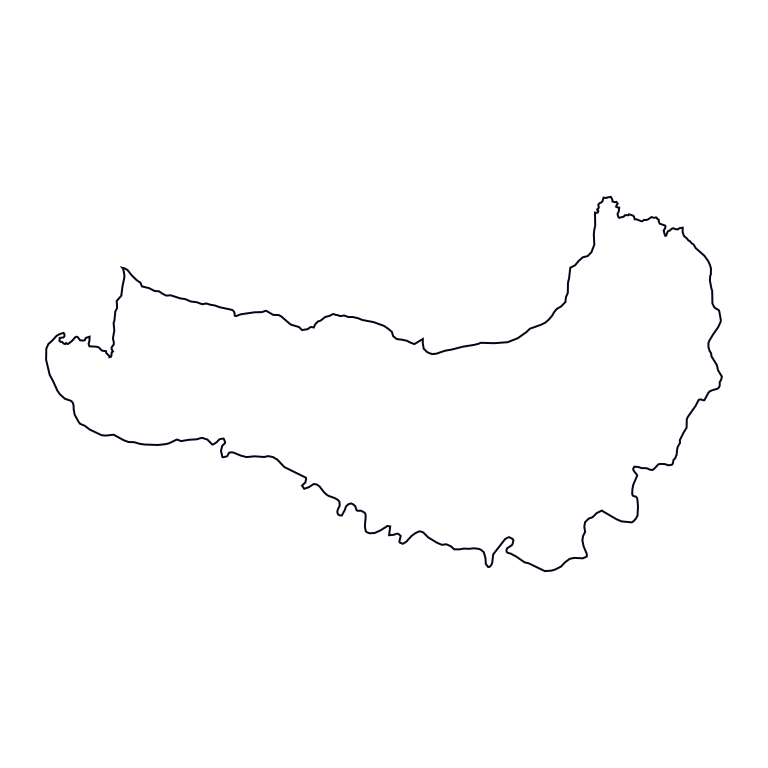 outline of Galanefhi, Maekel, Eritrea
{"feature_id": "51966322B55645768572495", "entity_name": "Galanefhi", "entity_type": "district", "adm_level": 2, "iso_a3": "ERI", "parent_name": "Eritrea", "parent_adm1": "Maekel", "projection": "orthographic", "projection_center": [38.896, 15.263], "detail": "fine", "context": "isolated", "style": "outline", "palette": "ink", "viewbox_px": 768, "rotation_deg": 0, "n_neighbors": 0, "source": "geoboundaries", "source_scale": "gbopen_adm2", "svg_char_len": 6079}
<svg xmlns="http://www.w3.org/2000/svg" viewBox="0 0 768 768"><path d="M122.3,267.8L123.2,268.9L124.3,274.6L124.4,277.2L122.5,286.3L121.3,295.7L116.7,300.9L117.1,308.0L115.3,311.6L114.4,320.7L113.6,323.0L114.3,330.5L112.9,338.5L113.8,342.1L113.8,344.3L111.6,347.5L111.6,349.1L113.0,351.5L111.8,352.2L111.3,356.1L110.8,356.8L109.4,357.2L109.3,355.9L106.4,353.3L106.0,351.2L101.9,350.6L98.8,347.4L96.3,346.7L89.4,346.3L88.6,343.8L89.4,341.0L89.6,336.7L85.8,337.9L84.8,340.2L82.9,340.6L80.1,340.3L77.9,337.3L76.6,336.7L75.2,337.2L72.6,340.4L68.6,343.6L67.7,344.0L66.1,343.1L65.2,344.1L63.9,343.6L61.9,341.9L60.6,341.8L59.5,341.0L59.7,337.9L63.2,337.5L64.1,336.8L64.5,336.0L64.4,334.1L63.6,332.9L59.8,334.0L56.4,336.0L52.1,340.8L48.4,344.0L46.3,348.6L46.1,359.8L49.7,374.9L53.2,381.4L57.3,390.5L59.8,394.2L64.8,398.7L71.3,401.0L72.9,403.0L73.6,405.7L73.7,409.5L74.7,414.8L78.8,422.2L80.1,423.8L84.8,425.8L89.8,429.6L101.6,435.2L105.8,435.6L113.6,434.7L123.7,440.2L128.4,442.0L134.3,442.2L139.6,443.8L144.4,444.5L157.9,445.0L165.9,444.1L169.5,443.1L176.5,439.7L177.5,439.7L181.1,441.1L188.8,439.8L196.6,439.3L201.9,437.8L207.3,439.5L212.3,444.5L213.3,444.4L216.7,442.2L219.4,439.3L223.1,438.5L223.8,438.8L225.1,442.2L224.9,443.2L222.2,445.8L221.0,450.8L222.3,456.9L223.1,457.2L226.5,456.5L227.4,455.9L229.0,452.8L231.2,452.3L233.5,452.6L240.8,455.6L246.6,457.1L254.5,456.3L264.2,457.0L268.0,456.1L272.8,457.0L277.4,459.7L284.4,467.1L305.9,477.7L306.2,478.7L305.3,482.5L302.0,485.6L304.2,488.8L308.8,487.2L313.5,484.1L315.3,484.1L316.9,484.6L319.4,486.3L324.2,492.4L326.6,494.6L328.6,495.9L334.3,497.9L337.3,499.5L338.8,500.8L339.5,502.0L339.7,505.7L337.9,509.4L337.3,511.8L337.7,513.7L338.4,514.7L339.6,515.3L341.8,515.5L344.7,510.2L346.1,506.4L348.3,504.3L351.0,503.4L353.1,504.3L355.2,506.1L356.6,510.3L357.9,510.8L361.0,510.7L364.5,512.6L365.3,513.6L365.7,516.2L364.9,526.4L365.7,531.1L366.8,532.2L369.6,533.3L374.6,533.0L380.3,530.5L387.4,526.0L390.2,526.4L389.1,535.2L393.8,534.8L396.2,533.8L397.6,533.7L398.8,534.2L400.7,536.0L399.4,541.2L399.7,542.5L402.8,543.8L406.1,541.9L411.7,535.8L415.3,533.2L419.1,531.4L420.7,531.5L423.2,532.4L428.1,537.3L436.7,542.6L441.8,544.8L446.4,544.3L450.9,546.3L454.2,549.3L459.8,549.3L463.6,548.6L468.9,548.8L474.1,548.3L478.9,548.9L481.0,549.8L483.8,552.2L485.5,558.3L485.8,564.0L488.2,567.1L489.8,566.7L491.5,564.7L492.2,562.9L493.2,554.4L505.1,539.1L507.9,537.5L509.3,537.2L512.8,539.1L513.4,540.3L512.7,543.6L511.8,545.3L507.5,548.0L506.8,548.8L506.5,550.3L506.7,551.9L507.5,552.7L510.9,553.7L516.3,556.6L524.5,562.3L528.9,563.4L544.8,571.1L551.7,570.6L555.7,569.3L561.1,566.5L564.8,562.5L569.7,558.8L574.3,557.9L582.9,558.3L586.5,556.7L586.9,556.1L586.7,553.7L583.6,546.3L582.4,540.5L583.0,536.2L585.1,531.9L584.3,526.6L585.1,522.2L588.7,518.6L592.6,517.2L596.7,513.1L601.7,510.6L616.6,519.3L621.6,521.4L631.8,522.4L633.9,520.9L635.8,518.7L637.5,515.7L638.0,506.5L637.4,499.3L636.7,497.4L635.7,496.6L633.3,496.0L632.2,494.4L632.4,489.2L633.2,484.9L637.1,475.8L637.2,475.2L633.6,470.6L633.2,469.2L633.5,468.1L634.4,466.7L638.4,467.0L641.5,468.1L646.7,468.2L649.7,469.6L652.4,470.0L653.7,469.3L658.3,464.4L660.4,463.9L664.8,464.1L668.5,465.3L671.8,464.8L672.8,463.6L673.5,460.0L675.6,457.7L675.7,456.6L676.6,454.9L677.2,448.8L677.9,446.5L680.0,443.0L679.8,440.2L683.8,432.2L686.6,427.7L686.8,419.2L687.9,416.8L695.5,406.0L698.8,399.7L700.8,399.4L703.4,400.3L704.4,400.2L708.3,392.9L709.6,391.5L712.0,390.3L717.5,388.7L718.8,387.6L719.7,385.8L719.7,382.2L721.1,379.8L721.9,376.6L718.0,370.2L716.9,365.1L711.5,356.4L711.1,353.2L709.7,351.2L708.5,347.4L708.4,343.2L709.3,340.7L713.3,334.1L718.2,327.1L720.7,321.7L720.8,319.8L719.3,311.5L718.6,310.0L715.0,308.0L713.9,306.6L712.4,303.4L712.2,290.7L711.5,289.0L709.9,280.6L710.2,275.9L710.8,274.7L711.0,268.7L709.9,264.8L708.1,260.9L704.4,255.8L695.6,248.0L693.7,244.6L691.5,243.2L689.6,240.9L688.6,240.6L686.9,238.5L683.9,235.9L682.6,232.0L682.7,227.7L679.5,228.2L677.5,229.5L676.8,229.2L675.3,229.2L673.2,228.2L671.7,228.8L669.7,230.6L668.3,231.0L667.5,232.0L666.2,235.5L665.4,235.9L664.5,234.0L663.7,230.4L665.1,228.4L665.5,226.4L665.2,225.6L659.8,223.7L658.7,221.4L658.8,219.9L656.9,218.4L656.6,217.6L655.7,217.4L654.3,217.9L651.4,217.1L647.7,219.6L646.3,220.0L644.0,219.9L642.4,221.2L641.5,221.3L636.7,219.4L634.7,219.3L633.9,216.4L632.6,215.4L628.9,214.3L628.4,215.2L624.9,215.2L623.7,216.7L619.1,217.8L618.3,216.9L617.5,213.9L618.8,211.4L619.2,207.6L617.8,207.5L616.1,206.7L616.6,205.2L617.7,203.8L616.4,201.9L614.8,202.2L612.4,201.4L612.5,200.1L610.9,196.9L607.5,197.4L606.4,198.0L603.6,197.6L602.4,201.4L601.3,202.5L599.6,203.1L598.3,204.8L598.8,207.7L598.4,208.4L597.4,209.0L597.2,209.8L598.1,210.5L598.3,211.4L597.6,212.6L596.2,212.9L595.0,212.6L595.2,225.7L594.3,229.9L593.8,234.3L594.3,244.7L591.4,252.3L587.6,256.1L582.8,257.3L578.6,261.0L575.2,265.2L570.3,267.7L569.1,278.1L568.0,282.8L567.8,292.9L566.0,297.0L565.4,302.0L561.2,306.4L556.8,308.9L554.2,312.0L552.1,315.7L549.0,319.4L545.3,322.6L540.9,324.8L529.9,328.7L526.5,332.0L517.8,338.2L507.6,342.2L494.1,343.2L480.8,342.8L479.0,343.6L474.6,344.8L462.8,346.7L451.6,349.6L445.1,350.7L436.3,353.7L432.0,354.1L427.4,352.3L423.7,348.7L422.8,343.5L422.8,339.0L414.4,344.1L410.6,342.7L407.0,340.8L401.5,339.6L396.8,339.1L393.2,336.2L391.8,331.8L387.7,328.4L384.0,325.9L373.6,322.1L362.4,320.0L358.0,318.2L352.7,317.0L348.2,317.0L344.2,315.5L340.2,316.1L337.2,315.0L335.8,315.0L334.0,314.1L332.5,314.2L330.0,315.7L325.2,317.0L320.7,320.6L317.7,321.6L315.1,324.5L313.8,327.5L311.2,327.0L310.1,327.3L307.8,329.1L302.1,330.1L298.9,327.0L291.4,324.8L289.9,323.9L281.2,316.4L278.5,315.0L273.3,314.9L266.7,311.1L265.7,310.8L261.9,312.1L254.5,312.3L240.8,314.3L236.0,316.1L234.8,315.8L234.4,312.6L233.8,311.3L232.1,309.9L219.6,307.2L214.9,305.5L210.2,304.7L206.4,303.5L202.1,304.2L196.7,302.2L190.8,301.5L185.2,299.1L180.3,298.4L170.7,295.3L166.3,295.6L162.6,293.8L159.0,291.3L154.6,291.0L149.0,288.1L141.9,286.4L140.5,282.8L136.6,280.1L131.5,275.1L127.5,270.0L124.7,268.4L122.3,267.8Z" fill="none" stroke="#020617" stroke-width="2"/></svg>